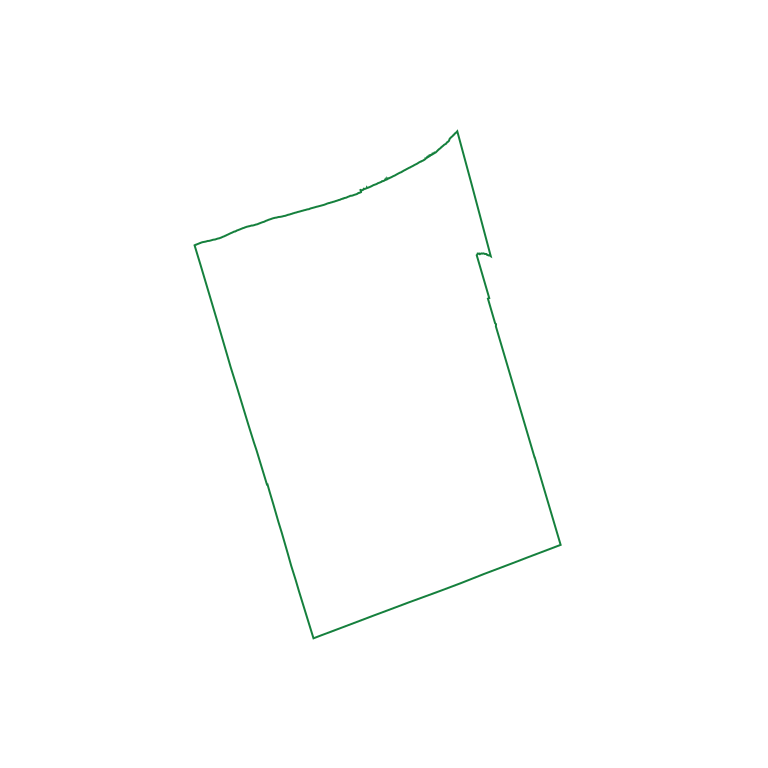 the district of Mar Chiquita, Buenos Aires, Argentina, rotated 210°
{"feature_id": "61730980B58883686199673", "entity_name": "Mar Chiquita", "entity_type": "district", "adm_level": 2, "iso_a3": "ARG", "parent_name": "Argentina", "parent_adm1": "Buenos Aires", "projection": "equal_earth", "projection_center": [-57.382, -37.513], "detail": "fine", "context": "isolated", "style": "outline", "palette": "green", "viewbox_px": 768, "rotation_deg": 210, "n_neighbors": 0, "source": "geoboundaries", "source_scale": "gbopen_adm2", "svg_char_len": 5782}
<svg xmlns="http://www.w3.org/2000/svg" viewBox="0 0 768 768"><g transform="rotate(210 384 384)"><path d="M373.5,180.2L362.5,170.1L354.0,162.0L317.9,128.5L312.5,135.2L301.8,148.2L276.7,178.9L274.2,181.9L252.9,207.8L232.3,232.4L217.2,250.8L202.4,269.5L183.8,292.2L173.3,305.2L150.6,333.0L213.7,392.9L216.7,395.8L216.9,395.7L315.9,489.8L316.9,491.8L318.2,492.2L336.7,509.9L335.8,511.0L368.1,541.9L367.9,543.0L368.1,543.8L367.9,543.9L367.7,543.9L366.7,544.6L366.3,544.3L365.9,544.3L365.6,545.0L365.4,545.2L365.0,545.7L364.9,545.8L364.3,545.9L364.1,546.0L363.8,546.4L363.6,546.5L363.0,546.9L361.8,547.0L361.5,547.2L360.2,547.8L359.4,547.4L359.1,547.4L358.6,547.6L357.8,547.6L357.2,548.2L357.0,548.4L356.5,548.2L355.6,548.0L355.4,548.0L408.6,601.4L446.9,639.5L447.3,637.6L447.4,637.3L447.6,637.1L447.7,636.6L447.9,636.2L447.9,635.9L448.0,635.7L447.9,635.2L448.4,634.2L448.5,633.2L449.3,631.0L449.5,630.0L449.7,629.5L449.7,629.0L449.6,628.7L449.5,628.3L449.5,628.0L449.5,627.6L449.3,627.2L449.5,626.7L449.6,626.0L449.7,625.8L449.8,625.5L449.9,625.4L450.0,625.3L450.0,625.2L450.3,624.5L450.3,624.2L450.3,623.9L450.3,623.4L450.5,623.2L450.5,622.9L451.3,621.6L451.6,621.0L451.9,619.9L452.3,619.0L452.5,618.2L452.9,617.4L452.9,616.9L453.1,616.3L453.6,615.2L453.9,614.5L453.9,614.1L454.2,613.5L454.5,612.1L454.7,611.5L454.8,611.1L455.0,610.4L455.5,609.6L455.7,609.4L455.9,609.4L455.9,609.6L456.0,609.6L456.0,609.4L455.8,609.1L456.1,608.5L456.3,608.3L456.6,608.1L456.7,608.3L456.8,608.2L456.7,608.0L456.5,607.9L456.6,607.6L456.9,607.5L457.0,607.5L456.9,607.2L457.0,606.9L457.1,606.7L457.3,606.6L457.3,606.8L457.5,606.6L457.6,606.4L457.4,606.2L457.5,606.0L457.8,605.8L458.1,605.8L458.1,606.1L458.2,605.8L458.1,605.6L458.2,605.3L458.1,605.2L458.1,604.8L458.4,604.4L458.6,604.3L458.9,604.3L458.9,604.6L459.0,604.6L459.0,604.4L458.8,603.8L458.9,603.3L459.1,603.0L459.3,602.6L459.7,602.4L459.9,602.5L459.9,602.8L460.0,602.7L460.1,602.4L459.8,601.9L460.0,601.2L460.5,600.7L461.0,600.6L461.1,600.8L461.1,600.6L461.0,600.3L460.6,599.9L460.6,599.7L460.8,599.1L461.3,598.3L461.3,598.1L462.0,596.9L462.7,596.0L462.9,595.7L463.3,595.2L463.3,594.9L463.7,594.6L464.4,593.5L465.3,591.7L465.9,590.7L467.2,588.8L467.7,587.8L469.4,585.2L469.6,584.7L470.0,584.3L470.4,583.7L470.8,583.1L471.3,582.2L471.8,581.5L472.7,579.9L472.9,579.7L473.6,578.6L474.0,577.8L474.6,576.9L474.7,576.4L475.2,575.8L475.3,575.7L475.5,575.4L475.8,575.1L476.0,574.7L476.7,573.7L476.9,573.3L477.2,572.9L477.5,572.3L477.8,571.9L478.8,570.1L479.3,569.4L479.9,568.7L480.3,567.9L481.0,566.9L481.4,566.2L481.7,566.0L482.0,565.4L482.4,565.0L482.7,564.3L482.9,564.2L483.1,564.2L483.5,563.2L484.0,563.4L483.8,562.9L484.4,561.8L484.9,561.3L485.0,561.3L485.2,561.5L485.2,561.4L485.0,561.2L485.7,559.9L486.5,559.0L487.0,558.8L487.1,558.5L487.3,557.8L487.9,557.1L488.1,556.7L488.8,555.9L489.3,555.2L489.8,554.7L490.2,553.8L490.7,553.1L491.6,552.1L491.7,551.9L492.5,551.1L493.2,549.9L493.5,549.4L494.0,548.6L494.4,548.2L494.9,547.3L495.5,546.7L495.8,546.2L496.5,545.4L496.8,545.5L496.7,545.3L497.5,544.1L498.2,543.3L498.4,543.2L498.9,543.3L498.8,543.5L499.4,542.9L499.2,543.0L499.0,542.9L498.9,542.7L498.9,542.4L499.2,541.7L499.8,540.9L500.1,540.6L500.4,540.5L500.7,540.5L501.0,540.5L500.8,540.8L501.2,540.5L501.2,540.3L499.9,538.9L499.8,538.7L500.1,538.2L500.6,537.7L500.9,537.2L501.3,537.0L501.5,536.8L501.6,536.5L502.1,535.9L502.1,535.5L502.3,535.2L503.1,534.2L504.1,533.2L504.6,532.6L504.9,532.2L505.1,532.0L505.2,531.8L505.5,531.5L506.1,530.9L506.8,530.5L507.4,530.0L507.6,529.5L508.7,528.2L509.0,527.8L509.4,527.2L509.8,526.6L510.3,526.1L510.7,525.8L511.0,525.4L511.4,525.2L511.7,524.6L512.1,524.3L512.1,524.1L512.4,523.9L512.7,523.5L513.6,522.6L513.9,522.0L514.7,521.1L515.4,520.5L515.7,520.0L516.2,519.5L516.5,519.1L516.8,518.8L517.5,518.1L518.0,517.4L518.9,516.5L519.2,516.3L519.5,515.8L519.9,515.5L520.2,515.1L521.1,514.3L521.4,513.8L521.8,513.4L522.2,513.2L522.4,512.9L523.2,512.1L524.0,511.1L524.3,510.6L524.5,510.4L525.7,509.0L529.1,505.6L529.8,504.9L530.1,504.6L531.1,503.7L532.2,502.5L533.2,501.5L533.5,501.2L534.0,500.7L534.4,500.3L535.7,499.0L535.8,498.7L536.2,498.2L536.4,497.9L537.8,496.8L539.2,495.3L540.3,494.3L541.0,493.5L541.9,492.7L542.4,492.1L543.2,491.3L544.3,490.2L544.6,490.0L545.7,488.7L546.7,487.8L547.1,487.4L547.3,487.1L548.5,485.9L548.9,485.3L549.4,484.9L550.6,483.5L551.0,483.2L551.2,482.9L551.7,482.6L552.0,482.2L553.6,480.3L554.6,479.5L556.1,478.0L556.7,477.5L557.5,476.8L558.7,476.0L560.5,474.2L561.6,473.4L561.9,473.0L562.4,472.6L562.7,472.3L563.8,471.1L564.1,470.7L565.5,469.1L566.0,468.6L567.1,467.1L567.6,466.6L569.0,464.5L570.0,463.5L571.5,461.7L571.8,461.4L571.9,461.1L572.9,460.0L573.0,459.8L573.3,459.3L574.0,458.6L574.8,457.9L576.1,456.4L577.2,455.4L577.7,455.2L579.0,453.9L579.5,453.3L580.2,452.8L580.4,452.5L581.1,451.9L581.7,451.3L582.3,450.5L582.8,450.0L583.1,449.5L583.9,448.6L584.2,448.4L584.5,447.9L585.0,447.3L586.1,445.8L586.4,445.5L587.0,444.7L587.3,444.4L587.4,444.2L588.3,443.2L588.5,442.6L588.8,442.3L589.1,441.7L589.6,441.4L589.7,441.2L590.1,440.9L591.0,439.5L591.5,438.8L591.7,438.6L592.2,437.9L593.1,436.6L593.3,436.3L593.6,435.8L594.5,434.6L595.3,433.3L595.6,433.1L596.0,432.3L597.2,430.9L597.4,430.5L598.0,429.8L598.4,429.1L598.8,428.8L599.3,428.0L599.7,427.7L601.0,426.5L601.9,425.4L602.4,424.8L603.6,423.9L604.2,423.4L604.5,423.1L605.3,422.2L605.5,422.0L606.7,420.8L607.4,420.2L608.1,419.8L609.6,418.2L611.0,417.0L612.3,415.9L612.4,415.7L613.1,415.0L613.5,414.3L613.8,414.1L614.6,413.0L615.9,411.4L616.2,410.8L616.8,410.4L617.4,409.4L601.7,394.7L560.5,355.7L533.1,329.5L525.3,322.0L509.1,307.1L481.2,281.0L467.4,268.3L461.4,263.0L435.1,238.4L434.7,238.8L428.8,233.1L419.8,224.6L406.3,211.6L398.2,204.1L382.4,188.9L373.5,180.2Z" fill="none" stroke="#15803d" stroke-width="2"/></g></svg>